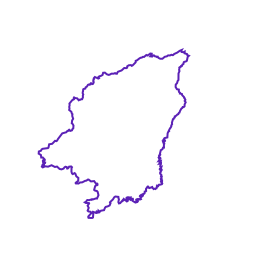 João Pinheiro, Minas Gerais, Brazil, rotated 218°
{"feature_id": "56859067B28201931947833", "entity_name": "João Pinheiro", "entity_type": "district", "adm_level": 2, "iso_a3": "BRA", "parent_name": "Brazil", "parent_adm1": "Minas Gerais", "projection": "equal_earth", "projection_center": [-45.971, -17.645], "detail": "fine", "context": "isolated", "style": "outline", "palette": "violet", "viewbox_px": 256, "rotation_deg": 218, "n_neighbors": 0, "source": "geoboundaries", "source_scale": "gbopen_adm2", "svg_char_len": 5732}
<svg xmlns="http://www.w3.org/2000/svg" viewBox="0 0 256 256"><g transform="rotate(218 128 128)"><path d="M103.8,32.9L100.9,35.0L100.5,35.9L102.4,38.8L104.1,39.8L104.1,40.4L100.8,41.4L100.4,41.8L101.3,42.5L101.4,43.0L100.7,43.5L99.0,43.4L98.8,43.7L99.9,44.7L98.7,44.7L98.4,46.2L96.3,48.5L97.0,50.9L97.0,52.1L95.7,53.8L94.8,55.7L95.5,58.0L96.3,58.1L96.5,58.6L95.9,62.4L96.2,64.9L95.8,66.2L93.2,67.8L92.0,66.6L91.3,66.3L90.0,63.7L88.7,63.0L87.9,64.0L87.7,68.7L87.2,68.2L87.1,69.5L86.7,69.7L84.4,69.5L84.8,70.5L86.2,72.2L85.8,73.0L84.6,73.0L84.6,72.6L85.4,72.1L85.2,71.6L84.7,71.6L84.1,72.9L84.5,74.0L83.6,74.3L83.1,75.0L82.5,74.3L82.4,72.9L81.8,72.9L81.6,74.5L80.6,75.2L80.2,74.9L80.0,73.5L79.7,73.4L76.3,73.8L75.1,75.4L75.1,76.4L75.4,76.7L75.5,75.5L76.3,75.0L76.4,75.6L77.4,76.5L77.4,76.9L76.4,78.3L74.6,78.9L74.0,79.9L75.0,80.3L74.9,82.3L75.3,82.1L75.4,81.5L76.7,81.6L76.8,81.9L76.4,83.5L74.8,83.1L74.6,83.3L74.6,83.9L75.5,85.4L74.8,86.1L74.7,86.7L75.7,88.2L75.0,89.0L74.9,89.5L76.3,91.0L76.5,93.8L76.3,94.2L75.7,94.2L75.0,93.6L74.1,93.9L72.6,96.4L71.8,95.8L70.6,96.0L70.2,95.7L69.6,96.6L68.9,96.8L69.0,97.4L68.4,98.0L68.9,99.6L69.5,99.9L69.6,100.4L68.7,100.3L68.4,100.6L68.7,102.3L67.7,103.2L66.7,104.6L66.8,105.3L68.4,105.8L68.0,106.5L68.3,106.9L68.7,106.1L69.1,106.3L68.9,107.4L69.2,107.7L69.5,107.1L70.3,107.7L70.4,108.4L70.8,108.4L70.8,109.3L71.3,109.6L71.5,110.6L71.9,110.8L72.3,110.4L72.9,111.6L74.5,111.8L75.1,112.4L75.0,113.1L75.3,113.4L75.5,114.8L76.2,114.6L76.5,115.3L77.6,115.1L77.8,115.5L76.6,116.2L77.3,116.5L77.8,118.2L78.3,117.6L79.0,117.6L79.9,119.2L79.8,119.8L80.8,121.2L81.6,120.7L81.0,119.8L81.3,119.4L81.3,119.9L82.0,120.2L82.3,121.3L82.0,122.1L82.1,122.6L83.2,122.0L83.6,121.3L83.7,122.4L84.1,122.9L83.9,124.2L84.3,124.3L85.1,123.3L85.7,123.6L85.6,124.6L86.4,125.1L86.6,125.7L86.1,126.3L86.1,126.8L87.0,127.4L88.5,130.7L87.8,132.4L88.3,134.1L87.6,134.7L89.5,137.0L89.7,137.9L90.8,138.0L92.0,138.8L90.9,139.3L90.9,140.7L91.4,141.0L91.8,140.7L92.3,139.7L92.8,140.1L93.0,142.5L91.2,144.8L93.5,148.2L93.9,149.7L93.7,150.7L94.1,150.8L94.2,151.2L94.7,153.6L94.6,154.5L94.9,156.0L95.5,156.7L95.6,158.2L96.6,159.1L98.0,162.6L97.6,163.0L97.9,163.9L97.6,165.1L98.3,165.9L97.6,167.3L97.4,169.1L96.9,169.8L97.1,170.1L97.2,171.3L96.9,171.8L97.5,173.5L97.9,176.1L97.6,177.0L97.8,178.2L97.0,178.7L96.8,179.9L97.9,181.4L98.4,183.8L99.9,184.2L99.8,184.6L100.2,185.6L101.0,185.8L101.6,186.4L102.4,186.3L103.0,186.9L105.5,187.2L106.5,188.0L108.3,187.1L108.7,187.8L109.9,187.8L110.6,188.3L111.6,189.6L113.3,188.7L115.7,189.6L117.1,191.6L117.0,193.7L117.8,195.5L117.8,196.9L121.8,202.1L122.5,204.6L123.5,205.2L124.0,206.4L124.8,207.2L124.7,207.8L124.1,208.6L124.4,209.4L123.7,210.2L124.2,211.4L123.7,212.5L124.5,214.0L124.5,214.5L123.2,216.4L123.0,217.2L124.8,220.9L124.5,222.4L126.2,222.0L127.0,222.6L129.4,221.7L130.4,223.1L130.9,221.9L132.6,220.9L133.5,221.5L133.7,222.6L134.8,220.6L135.6,217.8L137.2,214.7L137.3,213.5L137.5,213.0L138.9,212.4L139.6,211.0L141.1,209.9L141.5,208.4L142.9,206.7L143.5,203.8L145.3,202.4L147.2,202.0L148.5,202.5L149.0,201.7L149.9,201.7L150.7,201.1L152.3,201.2L153.1,200.5L152.8,200.2L152.9,199.2L154.4,198.3L154.3,199.2L155.1,201.1L156.3,200.4L156.4,199.1L157.0,198.4L157.1,197.5L157.4,197.0L158.5,196.8L159.1,193.9L160.1,193.2L160.5,191.9L161.2,191.3L161.8,190.0L162.6,186.8L163.3,185.7L162.4,184.4L162.9,180.3L163.3,179.3L164.4,179.4L166.0,177.9L166.6,176.1L165.8,175.0L166.3,174.0L167.9,173.0L168.5,169.4L170.5,166.2L170.5,165.0L170.1,164.1L170.8,163.4L172.0,163.3L172.7,162.0L174.5,160.6L175.3,158.7L176.0,157.9L177.8,157.3L180.3,157.4L181.6,156.2L180.7,154.1L181.7,151.8L182.4,151.2L182.6,150.2L182.4,149.7L181.5,149.4L181.7,148.9L181.9,148.6L183.2,148.7L183.8,148.1L185.5,147.8L185.6,146.3L185.0,145.7L185.2,145.1L184.6,144.5L184.4,143.6L183.4,143.2L183.0,142.6L182.8,141.1L183.3,140.5L184.1,140.8L184.8,140.5L184.9,139.5L184.6,139.0L184.8,138.5L185.7,138.1L186.1,137.4L185.9,135.2L186.4,134.0L185.9,132.8L186.9,131.5L187.1,130.9L185.9,129.0L185.8,128.4L185.0,127.4L183.9,126.9L183.6,125.8L182.4,124.4L181.9,122.5L182.3,122.3L182.9,121.0L183.3,120.9L183.9,119.5L186.2,120.1L188.2,119.0L189.3,118.9L189.2,118.1L188.3,117.3L189.1,115.6L189.2,111.2L188.0,110.0L187.3,108.4L186.2,107.5L185.5,106.0L182.6,105.9L181.0,104.7L180.3,104.7L179.4,103.2L176.9,101.5L176.7,99.6L175.2,97.1L174.5,97.2L172.5,96.4L170.9,94.0L171.1,93.0L170.7,91.7L171.6,90.3L173.3,90.4L173.4,90.0L172.7,89.7L174.0,88.2L174.0,86.7L176.5,83.3L176.4,76.2L176.1,74.3L176.4,73.5L177.6,73.0L178.0,68.9L180.1,66.6L178.6,63.6L178.7,62.9L182.5,59.0L182.9,57.9L182.6,56.5L183.8,54.6L182.6,52.8L180.0,53.1L178.2,51.3L177.0,52.3L174.2,51.9L173.7,51.1L173.8,50.8L175.0,50.6L174.9,49.7L173.8,48.7L172.0,49.7L171.8,49.3L172.6,47.7L172.7,46.4L172.5,45.9L171.7,45.8L171.0,46.8L170.7,46.5L170.9,45.9L172.2,44.9L172.1,44.5L170.9,44.5L169.7,46.8L167.2,48.3L165.3,51.6L161.6,52.3L160.2,53.9L156.7,53.6L154.9,54.5L153.8,56.3L153.8,58.0L153.4,59.0L152.2,59.5L151.0,58.6L150.6,58.9L150.4,59.8L150.6,61.3L149.1,62.7L148.0,62.6L147.8,61.6L145.7,58.8L144.1,57.7L143.1,57.7L142.3,59.6L141.2,59.5L139.0,58.1L136.4,58.1L134.7,55.7L135.4,53.0L135.4,52.4L135.0,52.2L132.8,53.8L132.2,55.6L130.6,57.0L129.3,59.9L128.4,60.9L127.8,62.8L127.2,63.1L124.3,63.1L122.0,65.3L118.9,64.4L118.1,65.2L117.6,65.1L117.0,64.4L117.1,64.0L117.9,63.0L118.1,62.0L116.6,58.4L115.3,58.4L113.8,59.2L112.6,59.0L109.9,56.9L109.0,53.3L109.8,52.9L111.8,49.9L112.5,49.8L112.6,48.9L113.3,48.6L114.2,47.2L115.6,46.3L115.9,45.6L115.6,44.2L116.2,42.9L115.0,43.0L112.6,44.8L112.2,44.6L112.0,41.9L109.8,40.9L108.9,38.0L107.8,37.9L106.0,38.9L104.5,38.3L104.8,34.0L104.6,33.4L103.8,32.9ZM84.4,69.5L83.6,69.6L83.3,70.2L83.5,70.7L84.4,69.5Z" fill="none" stroke="#5b21b6" stroke-width="2"/></g></svg>